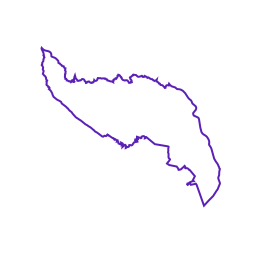 the district of Tabalong, Kalimantan Selatan, Indonesia, rotated 283°
{"feature_id": "22746128B29828162207979", "entity_name": "Tabalong", "entity_type": "district", "adm_level": 2, "iso_a3": "IDN", "parent_name": "Indonesia", "parent_adm1": "Kalimantan Selatan", "projection": "orthographic", "projection_center": [115.6, -1.837], "detail": "fine", "context": "isolated", "style": "outline", "palette": "violet", "viewbox_px": 256, "rotation_deg": 283, "n_neighbors": 0, "source": "geoboundaries", "source_scale": "gbopen_adm2", "svg_char_len": 5934}
<svg xmlns="http://www.w3.org/2000/svg" viewBox="0 0 256 256"><g transform="rotate(283 128 128)"><path d="M180.3,158.0L179.5,157.9L179.0,158.3L178.7,158.3L178.5,157.7L178.7,157.2L178.2,155.9L176.8,155.4L175.6,155.5L175.3,154.9L176.2,153.9L176.6,153.1L177.3,152.3L177.4,151.5L177.3,150.0L177.6,149.6L178.2,149.3L178.5,148.7L178.3,148.1L179.1,147.4L179.7,146.1L179.7,145.5L180.6,145.1L181.5,145.1L180.8,144.7L179.8,143.1L180.3,142.2L180.2,141.9L181.0,140.7L180.8,139.6L181.1,139.0L181.0,138.5L181.9,136.7L181.2,135.6L181.8,135.1L182.1,134.4L182.1,133.8L181.8,133.0L182.4,132.8L182.5,132.5L181.5,132.1L181.1,131.2L181.1,130.7L181.8,130.3L182.0,129.8L180.7,127.9L180.2,126.5L180.3,125.8L181.4,123.9L181.2,122.3L181.3,121.5L181.1,121.0L180.9,120.8L180.3,121.0L179.1,119.7L178.7,119.6L178.2,119.2L178.0,118.7L177.7,118.5L177.3,118.6L176.9,119.1L176.1,119.4L175.3,120.6L174.4,121.1L174.1,121.1L173.9,120.8L173.4,121.3L172.4,119.7L172.3,118.6L173.3,118.0L174.2,116.7L174.1,115.2L173.6,114.4L173.6,112.5L174.1,111.5L174.8,110.8L175.5,110.5L175.4,110.2L175.7,109.8L176.4,109.5L176.6,108.8L177.1,108.5L177.6,107.7L177.7,106.6L177.0,106.6L176.7,106.1L176.2,106.4L175.6,106.3L175.4,106.1L174.3,105.9L173.9,105.6L173.4,105.5L173.6,104.6L172.4,104.2L172.1,103.2L171.5,102.9L171.2,102.9L171.1,103.2L170.4,103.0L170.2,103.2L169.7,102.9L169.3,103.1L169.7,101.6L169.5,100.7L169.6,99.4L169.5,99.1L169.8,98.4L169.7,97.2L170.2,96.9L170.3,96.4L170.6,96.4L170.7,95.5L171.1,95.1L171.1,94.7L170.7,94.1L171.0,93.5L170.2,91.0L170.4,89.8L169.9,88.5L170.0,87.7L169.9,87.4L169.5,87.4L169.3,87.2L168.0,87.2L167.2,86.8L166.6,85.9L166.7,84.8L167.1,84.3L165.4,84.3L164.3,83.5L164.5,82.9L163.7,82.4L163.7,81.2L164.0,80.4L164.4,80.0L164.2,79.7L164.4,78.9L163.8,78.0L163.0,77.5L162.7,77.5L162.4,76.9L163.8,76.0L164.1,75.2L164.9,74.7L165.4,74.0L165.5,73.7L165.4,72.3L163.7,71.1L163.3,69.7L163.0,69.6L162.7,68.9L162.7,68.0L163.6,67.4L164.6,65.9L167.3,64.5L165.8,64.3L163.6,64.4L163.3,64.2L163.0,64.6L162.6,64.5L162.4,64.1L162.0,64.6L161.1,64.7L161.2,64.9L161.0,65.3L160.6,65.0L160.6,64.2L161.4,63.2L161.8,63.1L161.9,62.8L160.8,62.2L160.1,62.3L159.8,62.1L160.5,61.4L160.4,60.8L160.2,60.5L160.4,60.1L160.2,59.7L160.6,58.7L160.6,58.4L160.8,58.1L160.7,57.7L161.1,57.7L161.6,56.8L162.0,56.7L162.1,56.2L162.0,55.8L162.6,55.7L163.3,55.1L163.7,55.1L164.0,54.9L164.8,54.9L166.1,54.5L166.8,54.9L167.3,54.6L168.8,54.6L169.2,54.5L169.9,53.7L171.2,53.7L172.0,53.6L171.9,53.2L172.1,53.1L172.4,52.3L173.7,51.4L173.5,50.0L173.9,49.4L174.5,49.0L174.8,47.8L175.6,46.9L175.6,45.9L175.9,45.5L177.4,45.1L177.9,44.7L179.5,42.1L179.9,41.1L180.4,37.7L180.7,37.2L182.8,36.6L184.2,35.5L184.9,33.5L184.9,29.4L185.4,27.8L186.6,25.9L185.9,25.9L185.2,26.3L182.2,28.7L180.7,29.4L180.3,29.2L179.8,29.2L179.3,30.1L178.9,30.2L178.4,30.1L177.9,30.6L177.7,30.4L176.1,30.2L175.7,30.3L175.5,30.2L174.2,30.5L172.5,29.8L170.7,30.1L170.5,29.8L169.8,29.8L169.1,30.8L167.8,31.7L167.2,31.8L166.7,31.7L165.8,31.8L164.6,33.0L161.5,32.9L161.2,33.5L160.4,34.4L159.6,36.0L159.1,36.2L158.7,36.7L157.3,37.2L156.3,38.1L156.1,38.6L155.9,38.6L155.6,38.1L155.2,38.0L153.9,38.6L151.9,38.8L151.4,39.2L151.2,40.0L150.5,40.9L150.1,41.0L150.1,41.8L149.6,42.1L149.6,42.4L149.3,42.6L148.9,42.6L148.1,42.2L147.1,44.1L145.9,45.3L144.6,46.4L143.3,47.1L141.6,48.5L139.7,52.4L139.0,55.2L138.4,56.9L137.0,57.9L134.8,62.8L134.1,63.8L133.7,64.7L131.8,67.2L130.8,69.4L129.2,71.2L126.7,74.8L124.5,80.7L122.0,85.8L121.4,88.0L121.0,88.7L120.1,91.5L117.8,95.9L117.3,96.4L116.5,99.1L113.9,104.9L114.1,106.0L115.1,106.7L115.2,108.5L116.9,109.4L116.5,110.0L116.7,110.4L116.2,110.8L116.3,111.2L114.8,115.1L114.9,115.6L114.5,116.1L114.3,116.6L113.5,117.5L113.6,117.8L114.2,116.9L114.5,117.3L113.5,119.8L113.6,120.2L112.4,120.2L113.0,121.0L111.9,121.6L111.7,121.9L110.8,122.2L110.5,123.6L110.9,124.1L110.6,124.2L110.5,124.5L110.9,125.1L110.9,125.7L112.1,124.9L111.8,126.1L111.6,126.4L109.7,126.0L109.9,126.6L110.4,126.7L110.4,126.9L109.5,126.8L109.4,127.4L108.7,127.0L108.4,127.0L109.6,127.9L109.9,127.6L110.1,127.7L110.3,128.4L110.6,128.3L111.0,128.9L110.9,129.3L110.0,130.1L108.0,130.3L108.3,130.7L108.9,130.7L109.5,131.6L109.4,132.2L110.2,133.1L110.7,133.2L111.5,133.0L111.9,133.8L111.8,135.1L112.1,135.7L112.5,136.1L113.8,136.4L114.0,136.7L115.2,137.0L115.8,138.0L116.8,140.3L117.0,140.2L116.9,139.4L117.1,139.1L117.0,138.4L117.5,137.7L118.5,137.7L118.6,139.5L119.3,140.3L119.5,140.2L119.3,139.9L119.6,139.0L119.8,139.0L120.4,139.6L120.9,138.8L121.5,138.7L121.5,138.9L121.3,139.1L121.4,140.4L121.1,140.9L121.2,141.7L120.9,142.6L121.3,143.3L122.6,143.2L123.1,143.8L123.6,145.0L123.6,145.4L123.1,146.2L122.6,146.6L121.7,146.7L122.0,147.2L122.5,147.4L123.2,147.3L123.3,147.8L118.3,157.8L119.1,171.2L118.8,171.8L116.7,171.9L114.9,172.4L113.3,172.5L112.1,173.3L108.8,174.0L108.0,174.4L107.5,175.0L107.1,175.8L106.8,176.0L105.3,175.5L103.2,174.4L102.1,174.0L101.2,176.6L101.4,184.1L99.8,186.0L98.6,186.7L99.1,188.0L99.8,189.0L103.8,191.7L102.8,192.7L101.9,192.7L101.7,193.1L102.0,193.6L102.1,195.0L101.6,196.3L100.9,197.0L100.9,197.7L96.1,204.0L91.9,203.0L91.0,204.0L90.9,203.1L89.1,200.6L87.3,198.9L86.9,198.7L87.0,198.4L86.4,198.3L86.0,199.0L87.4,200.0L88.0,200.8L87.7,201.3L86.8,202.0L88.9,206.7L88.0,207.7L69.4,219.5L76.4,223.5L80.9,226.3L86.8,228.4L88.3,229.1L94.5,230.1L95.6,229.6L98.8,227.5L100.0,227.1L102.7,227.4L105.6,226.8L108.8,226.7L109.4,226.0L110.2,225.6L113.1,223.4L115.2,221.0L117.6,218.8L126.6,213.9L127.8,213.0L129.9,210.8L131.0,210.5L131.9,210.5L133.5,210.0L135.4,208.7L137.3,206.7L138.0,205.2L138.9,202.6L139.8,201.3L140.6,200.5L144.6,198.4L152.3,195.3L153.5,194.6L153.8,194.1L154.2,192.9L154.8,189.6L155.5,188.8L156.4,188.3L157.4,188.2L161.1,190.0L161.8,190.1L163.2,189.9L164.3,189.2L166.4,185.2L167.9,184.2L169.0,183.3L170.2,180.9L171.0,179.8L174.7,176.0L176.4,173.4L177.2,171.2L177.3,169.6L177.0,167.1L178.2,164.6L178.4,161.3L179.2,159.5L179.8,158.8L180.0,158.3L180.3,158.0Z" fill="none" stroke="#5b21b6" stroke-width="2"/></g></svg>